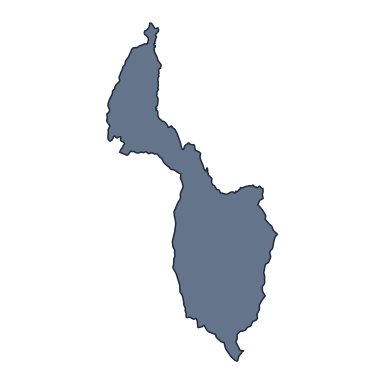 Pueblorrico, Antioquia, Colombia
{"feature_id": "7082276B28437214544786", "entity_name": "Pueblorrico", "entity_type": "district", "adm_level": 2, "iso_a3": "COL", "parent_name": "Colombia", "parent_adm1": "Antioquia", "projection": "robinson", "projection_center": [-75.868, 5.82], "detail": "fine", "context": "isolated", "style": "filled", "palette": "slate", "viewbox_px": 384, "rotation_deg": 0, "n_neighbors": 0, "source": "geoboundaries", "source_scale": "gbopen_adm2", "svg_char_len": 6010}
<svg xmlns="http://www.w3.org/2000/svg" viewBox="0 0 384 384"><path d="M157.9,27.8L156.3,28.5L155.1,28.4L154.6,28.1L152.2,24.3L151.5,23.4L150.7,23.1L150.1,23.0L149.8,23.2L149.1,27.1L148.5,28.3L146.4,30.3L144.9,30.8L144.4,31.8L144.3,33.6L144.5,34.1L144.8,34.5L146.2,35.4L147.9,37.6L148.3,38.3L148.4,39.9L147.6,43.4L147.4,43.7L146.9,43.8L144.6,43.8L142.1,45.0L139.5,45.9L137.2,47.5L133.2,47.9L132.4,48.5L131.5,49.8L130.7,52.1L129.3,55.0L128.8,56.6L125.8,60.5L125.4,61.8L124.9,64.6L123.0,66.8L122.0,70.3L120.5,73.0L120.3,74.5L119.1,76.7L119.1,78.0L119.7,80.3L119.4,81.5L116.0,84.8L114.9,86.8L114.7,88.9L114.5,89.2L113.0,90.3L112.6,91.1L112.3,93.9L109.4,99.7L108.2,103.4L108.0,105.6L108.1,106.3L109.3,109.2L109.5,110.5L109.3,111.4L109.0,112.0L106.9,114.1L106.9,115.3L107.4,117.0L106.7,120.3L107.0,121.7L109.5,125.4L109.7,126.2L109.6,126.9L108.2,129.3L108.3,131.9L107.9,137.6L108.2,139.4L109.3,140.8L110.4,141.1L112.1,139.8L113.6,136.8L114.3,136.1L114.8,136.0L115.5,136.9L116.4,137.7L116.9,137.9L117.5,137.8L119.3,136.8L120.4,136.7L120.8,137.1L120.9,137.8L120.5,139.7L120.6,140.6L121.6,141.3L123.3,142.0L124.2,142.9L124.5,143.8L124.4,144.2L123.3,145.4L122.8,146.7L120.3,150.5L119.7,152.3L127.0,155.2L127.7,155.0L128.5,154.2L129.8,152.3L130.6,151.5L131.3,151.2L132.6,151.7L134.0,151.5L136.0,152.7L137.6,153.1L139.3,152.9L140.4,152.1L141.8,152.2L143.3,152.6L143.8,152.6L145.2,151.8L145.7,151.8L146.5,152.0L148.2,153.5L148.6,153.6L149.5,153.5L150.6,152.9L151.2,152.9L152.4,153.0L154.4,154.0L155.8,153.9L157.2,154.1L157.9,154.7L160.0,157.4L161.5,158.2L163.0,160.8L163.6,162.3L164.5,163.3L166.3,164.8L167.6,166.1L169.0,167.1L170.6,169.1L171.2,169.4L174.0,169.9L178.4,172.9L180.8,173.8L180.8,175.8L180.4,177.7L180.6,178.6L182.1,182.2L182.9,185.6L183.0,186.9L182.8,187.9L181.1,191.5L180.5,193.2L180.2,195.0L180.5,196.4L180.3,198.8L179.9,199.6L178.1,202.3L176.8,205.2L175.3,209.0L174.2,211.1L174.0,211.9L174.4,216.2L175.3,220.0L175.7,223.2L175.6,225.1L174.6,232.1L172.4,241.2L172.5,243.5L173.0,247.0L174.2,249.1L174.7,250.5L174.5,253.1L175.0,255.7L175.0,256.2L173.8,259.0L173.6,264.3L172.9,266.9L173.1,268.2L176.2,273.7L179.3,283.7L179.8,285.9L180.0,291.7L180.6,293.0L181.9,294.8L182.7,296.8L183.7,301.8L183.9,305.0L185.3,308.0L185.2,310.4L185.4,311.6L185.9,312.7L186.1,313.7L186.0,315.9L186.2,316.7L186.4,317.2L187.3,317.6L189.0,317.3L190.3,317.4L192.1,318.5L193.4,319.1L194.1,319.1L195.4,318.6L196.1,318.7L197.2,320.7L197.8,327.2L198.5,327.6L201.0,327.0L202.1,326.7L203.6,325.5L204.4,325.6L206.3,329.2L207.9,331.1L208.8,331.8L213.5,333.8L215.5,334.3L215.7,334.5L216.1,337.0L216.4,337.4L220.9,341.6L222.3,342.2L223.8,342.4L224.1,342.6L225.2,347.4L225.8,348.9L226.6,350.4L229.0,353.4L230.5,356.2L235.1,360.4L236.2,360.9L237.4,361.0L238.2,358.9L238.6,356.8L239.2,355.7L241.7,352.8L242.2,351.5L243.1,351.2L243.4,351.0L243.4,350.7L242.8,350.5L241.5,350.7L240.1,350.3L236.2,342.7L236.0,341.7L236.0,340.9L237.2,339.2L237.3,338.5L237.0,335.8L237.1,334.7L237.6,333.8L240.0,331.6L240.7,331.2L242.5,331.2L245.1,330.3L247.4,327.4L248.0,327.0L250.2,326.4L251.0,325.6L251.5,324.5L252.1,322.4L252.7,321.7L256.0,320.2L256.9,319.3L257.5,318.1L257.1,315.4L257.2,314.2L257.4,313.4L259.4,309.6L259.4,305.4L259.6,304.4L262.6,299.3L265.2,295.9L262.7,291.7L262.4,290.4L262.3,287.5L262.5,286.3L264.2,284.0L264.7,282.6L264.5,278.2L264.7,276.3L263.7,272.6L264.4,269.7L264.8,266.5L265.4,264.7L266.1,263.8L267.4,263.2L268.5,262.4L270.1,258.7L270.7,256.6L269.9,253.6L269.8,252.4L270.1,251.3L271.1,249.8L272.2,248.9L272.6,248.2L273.9,241.0L275.1,237.2L275.7,236.0L277.1,234.9L277.3,234.5L277.2,234.1L276.6,233.4L274.6,231.7L273.4,230.2L272.7,228.8L271.8,226.2L268.7,223.5L265.4,219.5L265.2,218.9L265.3,217.9L265.8,216.0L264.9,214.1L263.1,210.9L260.4,207.4L258.2,205.1L258.0,204.7L258.0,204.3L259.7,200.3L261.6,199.4L263.0,198.5L263.1,198.3L262.3,194.5L263.0,191.9L263.1,190.5L262.8,188.4L262.2,188.5L261.6,188.2L259.8,186.2L259.2,186.2L257.6,187.7L257.3,187.7L256.6,187.5L256.0,186.9L255.2,187.1L254.3,186.8L253.5,185.5L252.9,185.1L251.5,185.8L249.2,185.7L247.8,186.2L246.3,186.3L244.6,187.0L244.0,187.1L243.0,187.8L240.4,187.7L240.3,187.8L240.3,188.4L240.0,189.2L238.6,190.0L237.6,191.5L237.1,191.7L236.4,191.9L236.0,191.3L235.6,191.4L235.3,192.0L235.2,192.9L235.0,193.0L234.1,192.9L233.0,192.0L232.5,191.9L230.7,192.2L227.8,193.9L226.7,194.2L225.8,194.2L222.0,193.1L220.8,193.1L220.3,192.6L219.6,190.9L219.2,190.3L218.1,189.7L216.8,189.5L216.3,189.1L216.0,188.1L215.2,187.2L214.6,185.7L213.0,185.0L212.2,183.9L211.5,182.3L211.9,178.8L209.7,176.1L208.7,175.5L208.1,174.6L208.1,174.2L208.4,173.4L207.7,172.6L207.6,169.3L207.3,168.1L207.1,168.0L206.8,168.2L206.5,169.8L206.1,170.6L205.7,171.2L204.0,168.8L203.0,165.3L200.3,158.8L200.1,157.8L200.0,156.3L200.6,153.9L200.2,152.9L199.2,152.0L195.5,150.3L194.9,148.2L194.4,145.3L193.7,144.8L191.7,144.6L189.7,144.1L189.2,143.3L188.8,143.0L188.1,143.0L187.4,143.9L186.0,144.7L184.7,146.0L183.5,149.4L182.8,149.6L182.5,149.5L182.0,148.7L181.2,146.4L180.8,144.1L178.1,136.2L176.9,133.2L175.1,129.7L174.2,128.8L172.1,127.3L172.0,126.4L171.6,126.0L170.8,126.2L168.8,127.4L168.2,127.4L167.6,125.7L165.5,122.7L164.1,121.6L162.2,121.1L161.0,119.9L159.9,119.2L158.6,117.6L158.0,115.8L157.6,111.2L156.8,110.2L156.0,110.0L156.0,109.2L156.4,109.0L156.6,108.4L156.6,108.1L156.0,107.8L155.9,107.1L156.2,106.5L157.1,105.9L157.6,104.8L158.1,99.9L157.9,98.3L156.8,96.3L156.6,95.1L157.0,94.1L156.9,92.4L157.2,91.3L158.2,89.9L158.4,89.5L158.4,89.0L157.7,88.0L158.0,87.4L158.0,86.4L158.2,86.0L158.4,85.2L158.0,84.2L158.2,81.8L157.8,79.0L158.9,75.9L158.5,74.2L159.0,73.3L158.7,71.4L158.7,69.8L159.3,68.8L160.5,68.3L161.1,65.8L161.1,64.6L159.8,63.1L157.7,59.9L157.2,57.5L154.5,51.8L154.0,48.3L154.3,47.8L155.3,47.0L155.4,46.1L155.0,45.5L154.1,45.4L153.8,44.2L154.2,43.6L154.8,43.6L155.1,43.2L154.7,42.3L154.7,41.5L155.4,40.7L155.5,39.1L156.5,37.1L156.3,36.4L155.5,35.6L155.4,34.7L155.7,34.2L156.8,33.3L156.9,32.4L157.1,32.2L158.1,31.8L158.4,31.3L158.6,29.6L157.9,27.8Z" fill="#64748b" stroke="#1e293b" stroke-width="1.5"/></svg>